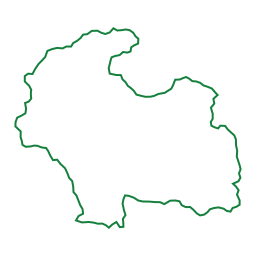 the district of Tabuleiro, Minas Gerais, Brazil
{"feature_id": "56859067B43776392913004", "entity_name": "Tabuleiro", "entity_type": "district", "adm_level": 2, "iso_a3": "BRA", "parent_name": "Brazil", "parent_adm1": "Minas Gerais", "projection": "orthographic", "projection_center": [-43.254, -21.359], "detail": "fine", "context": "isolated", "style": "outline", "palette": "green", "viewbox_px": 256, "rotation_deg": 0, "n_neighbors": 0, "source": "geoboundaries", "source_scale": "gbopen_adm2", "svg_char_len": 2284}
<svg xmlns="http://www.w3.org/2000/svg" viewBox="0 0 256 256"><path d="M15.4,126.4L20.7,131.4L20.6,137.2L21.8,140.9L22.5,144.9L25.8,146.8L30.7,146.4L34.1,145.6L37.4,145.8L41.8,147.5L46.1,148.0L48.1,150.9L50.3,155.7L53.0,160.1L57.2,159.7L60.5,164.0L65.1,168.3L67.6,173.7L69.1,177.8L72.2,181.0L73.2,186.6L73.5,192.1L76.4,195.4L78.6,201.0L80.3,205.4L82.5,208.9L83.1,213.7L78.6,216.0L76.0,220.4L81.8,222.4L85.5,222.2L88.8,222.0L93.6,222.6L97.8,223.7L102.4,223.6L106.0,225.3L108.9,227.7L112.0,224.7L116.4,222.0L119.8,227.1L123.4,226.8L123.3,222.8L122.9,218.9L125.5,215.1L123.9,209.9L122.6,203.6L123.5,199.1L125.1,195.4L128.6,195.8L133.9,197.7L138.2,200.5L142.9,201.5L149.0,201.6L155.3,202.1L159.9,202.1L164.3,204.1L170.1,200.7L175.5,200.5L179.5,201.3L181.7,205.2L185.7,207.1L190.1,207.0L193.3,209.7L196.8,213.4L200.1,215.4L204.2,214.6L207.5,212.2L209.9,209.3L214.0,208.0L218.6,207.4L223.7,208.7L226.7,210.9L230.5,211.6L232.6,208.0L236.3,206.8L239.6,204.8L239.6,200.3L237.0,194.7L238.6,190.2L235.9,186.4L233.0,183.7L238.4,181.3L240.4,177.8L239.0,173.4L240.6,169.2L239.7,165.6L238.5,161.8L236.8,156.7L237.2,150.7L236.0,145.1L235.9,139.4L234.3,135.4L231.0,132.4L227.9,129.6L225.1,125.9L220.3,125.7L218.1,128.4L214.6,127.3L211.4,125.7L210.8,121.9L212.7,118.8L212.7,113.8L210.9,107.7L214.3,103.6L213.4,98.9L217.6,95.0L214.9,92.1L212.0,88.6L207.4,86.7L203.4,85.4L200.3,82.9L196.4,81.5L192.2,81.1L189.4,78.8L186.1,77.0L183.0,78.1L179.8,79.5L175.2,79.7L173.0,85.4L171.3,88.7L168.4,90.5L164.8,92.8L158.3,94.0L154.1,95.9L150.5,96.7L145.4,96.8L140.6,95.7L136.4,94.6L133.9,90.9L131.0,88.2L127.8,85.8L125.5,82.1L122.5,79.3L120.9,75.1L116.2,75.0L109.7,73.6L108.7,68.2L109.6,64.7L110.5,60.8L111.6,57.3L115.1,56.0L119.6,55.1L123.1,52.0L127.3,52.6L130.5,51.5L131.2,47.3L134.2,45.3L138.1,43.6L138.3,38.7L135.4,36.2L133.3,32.8L129.5,30.1L125.6,29.5L122.0,30.1L117.3,30.5L113.4,28.3L109.8,32.4L105.3,34.0L101.4,32.8L97.4,30.7L91.8,30.9L87.2,34.2L83.1,34.6L80.7,37.9L77.2,40.8L73.2,43.0L71.1,46.5L66.3,46.5L62.7,48.4L57.0,47.9L52.1,49.1L47.4,50.9L45.2,57.0L41.9,60.6L38.6,63.9L35.2,68.9L32.5,74.0L28.1,73.7L24.8,76.1L24.8,81.5L29.0,85.6L31.2,89.7L30.8,93.6L31.2,98.6L28.7,101.6L25.1,103.0L26.1,108.9L25.4,113.3L21.7,115.5L17.2,117.7L15.6,121.9L15.4,126.4Z" fill="none" stroke="#15803d" stroke-width="2"/></svg>